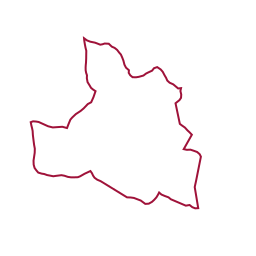 Orlândia, São Paulo, Brazil (Albers equal-area conic projection), rotated 290°
{"feature_id": "56859067B71991495502873", "entity_name": "Orlândia", "entity_type": "district", "adm_level": 2, "iso_a3": "BRA", "parent_name": "Brazil", "parent_adm1": "São Paulo", "projection": "albers", "projection_center": [-47.895, -20.7], "detail": "fine", "context": "isolated", "style": "outline", "palette": "rose", "viewbox_px": 256, "rotation_deg": 290, "n_neighbors": 0, "source": "geoboundaries", "source_scale": "gbopen_adm2", "svg_char_len": 1833}
<svg xmlns="http://www.w3.org/2000/svg" viewBox="0 0 256 256"><g transform="rotate(290 128 128)"><path d="M76.7,221.4L95.3,210.9L101.9,210.0L126.0,206.3L127.9,204.3L129.1,201.2L129.1,197.6L129.0,194.1L127.6,190.7L127.2,187.6L143.5,190.3L145.1,187.1L146.1,184.7L147.9,181.3L148.8,177.9L149.6,175.3L167.5,164.2L171.8,166.8L174.5,167.5L177.6,166.6L180.7,164.6L183.6,164.2L182.3,161.6L184.5,155.6L184.8,151.6L186.0,148.7L188.2,146.6L189.9,144.5L192.7,141.4L194.2,138.7L195.2,134.6L193.1,132.0L190.1,131.0L187.0,127.9L185.3,126.3L182.6,124.6L179.8,120.7L178.4,118.2L177.3,114.9L178.3,112.1L180.1,109.8L182.6,109.1L184.0,105.5L186.3,103.0L189.8,100.6L192.2,98.5L194.6,96.2L195.8,94.0L197.7,91.0L198.7,88.0L198.9,85.0L200.6,81.1L199.4,77.2L197.9,75.3L196.8,73.4L196.9,70.1L196.9,67.7L196.2,63.0L196.3,59.4L197.3,56.0L195.0,57.1L191.8,58.9L188.8,60.7L186.3,62.4L182.8,63.6L179.1,64.9L175.0,66.2L172.6,66.8L170.3,67.5L167.7,68.5L165.5,69.8L163.5,71.4L160.7,72.3L157.3,74.3L155.1,77.1L153.1,79.5L152.2,82.0L151.5,84.9L145.1,85.0L139.6,84.6L136.7,82.0L131.4,79.7L127.9,77.7L126.0,76.3L123.2,74.2L118.8,72.0L116.2,71.0L111.9,70.8L107.1,70.7L106.7,65.9L104.4,60.7L102.8,57.1L102.3,52.3L103.1,42.0L102.6,39.3L101.8,36.5L100.2,34.6L97.4,36.3L94.9,38.0L92.6,39.4L88.9,41.0L83.2,43.9L80.1,45.5L76.7,47.5L72.8,48.8L65.0,50.4L61.3,51.9L58.5,53.9L56.7,56.6L55.4,58.9L55.6,62.5L56.1,65.0L56.1,68.0L56.6,71.1L57.1,74.3L58.6,77.1L60.9,81.6L61.4,84.6L61.5,88.2L62.1,91.1L63.2,94.2L64.6,97.7L66.2,99.5L70.2,102.9L74.7,107.4L73.2,109.6L71.3,111.5L69.8,113.6L68.9,116.8L68.7,120.4L62.5,150.8L63.6,154.2L64.3,157.5L64.2,164.8L62.6,170.2L64.0,173.4L66.8,175.8L69.5,177.2L72.5,178.4L75.5,179.0L78.0,179.3L76.9,182.2L76.7,185.9L76.7,189.8L75.7,192.6L74.8,208.9L76.7,212.2L75.6,215.5L75.5,218.6L76.7,221.4Z" fill="none" stroke="#9f1239" stroke-width="2"/></g></svg>